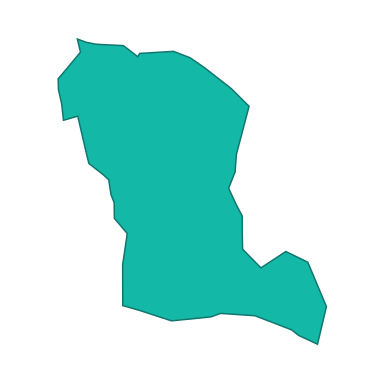 Mo'nxxaan, Sühbaatar, Mongolia (Albers equal-area conic projection), rotated 86°
{"feature_id": "93677404B72955600082369", "entity_name": "Mo'nxxaan", "entity_type": "district", "adm_level": 2, "iso_a3": "MNG", "parent_name": "Mongolia", "parent_adm1": "Sühbaatar", "projection": "albers", "projection_center": [112.193, 47.167], "detail": "fine", "context": "isolated", "style": "filled", "palette": "teal", "viewbox_px": 384, "rotation_deg": 86, "n_neighbors": 0, "source": "geoboundaries", "source_scale": "gbopen_adm2", "svg_char_len": 727}
<svg xmlns="http://www.w3.org/2000/svg" viewBox="0 0 384 384"><g transform="rotate(86 192 192)"><path d="M110.5,129.1L91.6,145.6L68.5,171.3L57.9,184.6L50.4,200.7L50.1,234.5L53.2,236.7L41.2,250.2L37.9,277.4L35.3,287.0L31.4,295.7L44.7,293.5L60.1,308.2L69.7,317.6L80.6,318.1L94.4,315.9L111.5,315.2L108.3,300.7L148.4,294.3L156.5,292.8L168.4,279.5L174.0,274.2L188.9,273.0L197.2,270.4L212.9,271.3L228.9,259.5L260.0,266.3L300.5,269.0L306.6,252.2L319.1,221.5L317.9,181.7L315.1,171.9L319.8,137.9L336.5,102.2L342.7,95.4L352.6,77.4L315.7,65.9L270.1,81.4L257.9,102.6L272.5,128.5L252.6,145.5L234.6,144.6L219.4,143.6L207.3,148.9L190.8,155.2L175.0,147.6L157.6,145.1L110.5,129.1Z" fill="#14b8a6" stroke="#0f766e" stroke-width="1.5"/></g></svg>